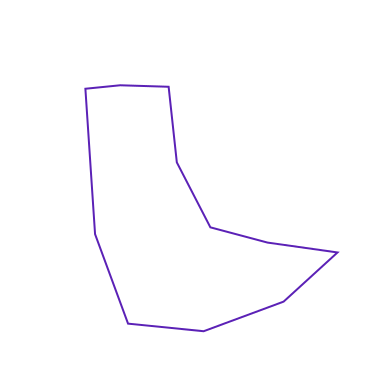 the border of Gamprin, rotated 337°
{"feature_id": "LIE-4897", "entity_name": "Gamprin", "entity_type": "state/province", "adm_level": 1, "iso_a3": "LIE", "parent_name": "Liechtenstein", "parent_adm1": "", "projection": "mercator", "projection_center": [9.505, 47.21], "detail": "fine", "context": "isolated", "style": "outline", "palette": "violet", "viewbox_px": 384, "rotation_deg": 337, "n_neighbors": 0, "source": "natural_earth", "source_scale": "10m", "svg_char_len": 304}
<svg xmlns="http://www.w3.org/2000/svg" viewBox="0 0 384 384"><g transform="rotate(337 192 192)"><path d="M81.7,288.2L86.3,192.9L134.2,55.3L167.6,65.7L211.6,86.0L189.6,158.8L195.1,231.7L241.8,268.1L302.3,304.5L233.5,328.7L148.3,324.7L81.7,288.2Z" fill="none" stroke="#5b21b6" stroke-width="2"/></g></svg>